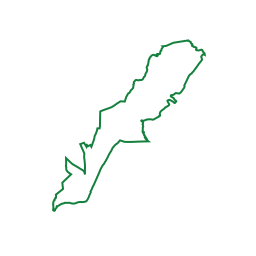 San Juan Atzompa, Puebla, Mexico, rotated 109°
{"feature_id": "50627088B45954592867163", "entity_name": "San Juan Atzompa", "entity_type": "district", "adm_level": 2, "iso_a3": "MEX", "parent_name": "Mexico", "parent_adm1": "Puebla", "projection": "natural_earth1", "projection_center": [-98.029, 18.745], "detail": "fine", "context": "isolated", "style": "outline", "palette": "green", "viewbox_px": 256, "rotation_deg": 109, "n_neighbors": 0, "source": "geoboundaries", "source_scale": "gbopen_adm2", "svg_char_len": 5694}
<svg xmlns="http://www.w3.org/2000/svg" viewBox="0 0 256 256"><g transform="rotate(109 128 128)"><path d="M230.1,172.0L230.3,171.4L230.3,170.8L230.2,170.6L229.7,170.3L229.5,170.2L229.2,170.3L228.9,170.5L228.5,170.4L228.1,170.3L227.6,170.0L226.8,169.7L226.1,169.5L225.9,169.6L225.5,169.9L225.2,169.9L225.1,169.3L224.8,169.0L224.1,168.5L223.4,167.8L222.1,166.9L221.8,166.4L221.4,166.2L221.3,165.9L220.6,165.1L220.4,164.5L219.9,163.9L219.4,163.6L219.2,162.8L218.9,162.3L218.6,161.2L217.8,159.1L217.7,157.0L217.4,155.1L217.0,154.6L216.2,152.9L215.4,152.3L214.3,150.7L213.7,149.7L213.5,149.1L212.9,147.0L212.7,146.5L211.7,144.6L210.9,143.7L210.3,143.4L208.9,143.0L207.7,142.8L206.2,142.6L204.2,142.6L201.7,142.3L200.7,142.3L200.1,142.8L198.5,142.4L194.9,142.2L193.4,141.9L185.4,141.2L179.3,140.7L176.5,140.6L173.4,140.1L171.2,139.7L170.2,139.2L169.1,138.9L168.1,138.8L166.7,138.4L162.4,137.7L159.5,137.4L157.0,136.9L155.1,136.4L152.1,136.1L151.1,135.8L150.5,135.5L149.0,135.0L147.8,134.4L146.4,133.4L146.0,133.0L142.3,131.5L142.2,126.7L141.0,122.9L139.4,118.5L137.7,114.3L134.0,104.4L133.7,105.3L133.6,106.0L133.4,106.3L133.2,106.4L132.6,106.3L132.5,106.6L132.6,107.3L132.6,107.6L132.3,108.1L132.1,108.2L131.9,108.1L131.7,107.8L131.5,107.7L131.3,108.0L131.5,108.8L131.4,109.0L130.7,108.9L130.4,108.9L130.2,109.1L130.1,109.3L129.9,109.7L129.9,110.1L129.7,110.3L129.3,110.3L129.1,110.7L128.6,110.9L128.4,111.1L128.0,111.9L127.9,112.0L127.4,111.6L127.0,111.5L126.8,111.6L126.6,111.8L126.7,112.7L126.7,113.0L126.2,113.1L126.1,112.9L125.5,113.4L124.8,113.4L122.9,114.2L121.8,114.0L121.6,114.1L120.7,114.8L120.1,114.9L119.8,115.1L119.7,115.4L118.9,115.5L118.5,115.4L118.2,115.4L117.9,115.5L117.7,115.8L117.4,116.3L117.2,117.0L117.0,117.6L116.7,117.8L116.4,117.6L116.5,117.1L116.2,116.7L116.1,115.8L115.9,115.3L115.2,114.6L113.7,112.6L113.3,112.1L113.3,111.6L112.6,110.2L112.4,109.3L112.2,108.3L112.1,107.4L111.9,106.9L111.6,106.5L110.9,106.0L109.7,104.8L107.5,102.9L107.3,102.6L107.2,102.5L106.5,102.5L106.4,102.4L106.3,102.0L106.1,101.8L105.9,101.7L105.6,101.7L105.0,102.2L104.4,102.4L104.1,102.6L103.6,102.7L102.6,102.7L101.1,102.2L97.6,99.9L96.3,99.4L95.4,98.5L94.3,97.5L92.9,96.6L92.6,96.6L91.9,97.0L90.3,98.9L89.4,99.6L88.7,99.1L88.3,98.6L88.0,98.2L87.9,97.7L87.9,97.1L88.6,93.7L88.8,93.0L89.1,92.6L89.2,92.4L89.2,92.1L88.9,91.7L88.2,91.5L87.4,91.1L87.1,91.0L86.8,91.2L86.3,92.9L85.7,93.7L84.8,94.8L84.7,95.0L84.5,96.5L84.3,97.5L84.1,97.8L83.5,98.0L83.1,98.0L82.9,97.8L82.7,97.5L82.1,96.3L81.6,95.7L79.6,94.4L79.4,94.2L78.9,91.5L78.7,90.7L77.1,89.6L71.6,88.0L70.9,88.0L70.4,88.0L69.5,88.6L58.5,87.3L58.3,87.1L57.3,86.8L56.8,86.5L56.5,86.2L56.0,85.9L55.8,85.6L54.8,85.4L54.4,85.1L53.4,84.7L52.9,84.5L52.0,84.2L50.6,83.8L49.4,83.4L48.9,83.3L48.5,83.1L47.5,82.8L44.3,81.9L40.1,80.4L39.5,80.3L39.2,80.3L38.9,80.4L36.9,81.9L36.6,82.0L36.2,81.9L35.2,81.6L34.2,81.1L33.8,80.8L33.7,80.6L33.9,79.2L33.3,79.5L32.5,80.0L32.1,80.6L31.5,81.8L31.4,82.2L31.1,82.4L30.2,82.9L30.1,83.2L30.0,84.0L31.8,86.6L31.9,87.6L32.1,88.8L31.8,89.2L30.5,89.2L30.0,89.3L29.8,89.5L29.7,89.9L29.7,90.4L29.9,91.8L29.9,92.2L29.5,92.6L29.4,92.9L29.4,93.2L29.6,93.4L29.5,94.1L29.4,94.3L28.5,94.4L27.8,94.4L27.7,94.5L27.6,95.5L27.5,95.9L27.3,96.1L27.0,96.2L26.3,96.7L26.1,96.9L26.1,97.1L26.2,98.0L25.7,99.0L25.7,99.4L25.9,99.7L25.7,99.8L32.6,112.8L38.0,118.7L39.5,121.9L39.7,121.5L39.9,121.3L40.3,121.3L40.5,121.5L41.5,121.7L42.1,121.9L42.4,122.0L42.8,122.0L43.4,121.7L43.9,121.7L44.2,121.8L44.5,122.2L44.9,122.3L45.1,122.3L46.0,122.2L47.0,121.9L47.4,121.9L47.8,122.3L48.0,122.6L48.1,123.0L48.1,123.4L48.3,124.0L48.5,124.5L48.9,124.7L49.0,124.4L49.0,124.0L49.0,123.7L49.3,123.5L49.9,123.5L50.6,123.8L50.7,124.0L50.7,124.3L50.7,125.0L50.7,125.4L50.4,126.9L50.4,127.4L50.5,127.9L51.2,128.7L52.0,129.4L53.1,129.7L53.5,129.9L54.3,130.3L54.9,130.3L55.4,130.2L55.9,130.2L56.2,130.5L57.1,130.5L57.7,130.4L58.6,130.1L59.0,130.2L59.9,129.9L61.2,129.8L61.6,129.9L62.1,129.8L62.5,129.6L62.9,129.7L63.5,130.1L64.0,130.2L64.6,130.1L65.2,129.8L66.0,129.1L66.5,128.8L67.1,128.7L68.3,128.6L68.8,128.6L69.1,128.7L69.6,128.8L70.0,128.9L71.1,129.1L72.2,129.0L73.0,128.8L74.0,129.1L74.5,129.5L77.2,129.9L78.0,130.6L78.3,131.2L78.7,132.3L79.4,133.3L79.7,134.5L79.8,135.5L79.9,136.0L80.2,136.3L80.7,136.7L81.3,136.8L82.1,137.2L82.7,137.4L83.2,137.3L84.1,136.8L85.2,137.1L85.8,136.6L86.8,136.6L87.2,136.4L87.7,136.3L88.6,136.3L89.9,136.7L91.4,137.6L92.1,137.6L92.7,137.8L93.0,137.8L94.3,138.1L94.9,138.8L95.4,139.1L99.5,139.8L102.2,139.7L103.7,139.6L104.1,139.7L104.6,141.8L105.3,143.9L106.6,144.8L108.1,146.1L111.9,148.8L113.7,150.4L115.8,152.9L118.4,156.2L120.4,158.6L121.0,159.3L121.5,159.6L135.5,155.1L137.6,154.7L138.3,156.8L139.8,156.6L140.9,156.5L144.9,156.6L145.7,156.9L147.2,156.8L149.5,156.4L157.7,156.5L156.3,158.0L157.3,159.1L158.4,160.0L157.3,161.5L157.8,161.8L157.8,162.0L158.2,161.8L158.9,161.6L156.3,164.8L158.8,167.9L161.0,165.9L164.6,162.5L166.2,161.1L166.7,160.9L170.1,159.9L172.2,158.8L177.3,156.5L179.4,155.8L183.9,154.3L184.9,153.9L185.8,153.4L185.2,154.1L184.5,154.5L183.8,155.0L183.4,155.5L182.9,156.3L182.7,156.8L181.9,160.8L181.5,162.3L180.4,168.0L179.9,169.6L179.3,171.0L176.6,176.8L181.4,175.0L184.5,174.2L185.1,173.6L186.3,173.3L187.3,172.8L188.1,172.2L188.6,171.5L189.1,170.7L189.3,170.0L189.8,168.7L190.2,167.1L190.3,166.7L201.1,172.3L206.8,169.6L214.5,174.5L215.1,174.1L215.7,173.9L216.2,173.8L216.9,173.5L217.1,173.5L217.3,173.8L217.6,173.9L218.0,173.6L218.3,173.6L218.5,173.9L219.6,174.3L219.8,174.3L220.2,173.9L220.4,173.9L220.7,174.2L221.6,174.5L222.2,174.5L222.9,174.3L224.1,174.1L224.4,173.8L225.7,173.5L227.5,172.6L227.8,172.6L229.0,172.3L229.6,172.2L230.1,172.0Z" fill="none" stroke="#15803d" stroke-width="2"/></g></svg>